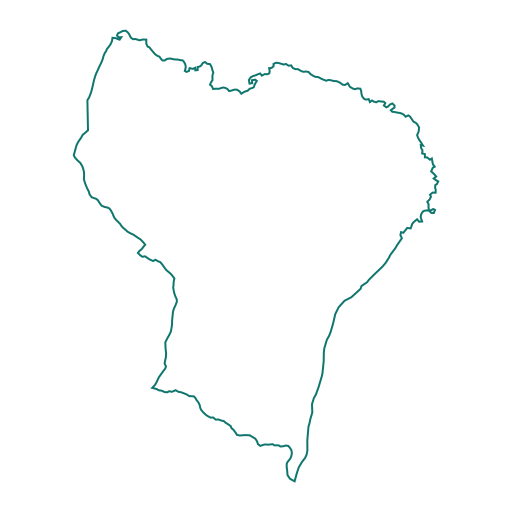 Itaquiraí, Mato Grosso do Sul, Brazil (Natural Earth projection)
{"feature_id": "56859067B90589702399806", "entity_name": "Itaquiraí", "entity_type": "district", "adm_level": 2, "iso_a3": "BRA", "parent_name": "Brazil", "parent_adm1": "Mato Grosso do Sul", "projection": "natural_earth1", "projection_center": [-54.119, -23.389], "detail": "fine", "context": "isolated", "style": "outline", "palette": "teal", "viewbox_px": 512, "rotation_deg": 0, "n_neighbors": 0, "source": "geoboundaries", "source_scale": "gbopen_adm2", "svg_char_len": 5639}
<svg xmlns="http://www.w3.org/2000/svg" viewBox="0 0 512 512"><path d="M307.6,436.9L308.5,426.5L309.5,423.4L310.4,418.8L312.3,412.5L312.0,404.1L313.9,398.0L315.8,394.8L318.6,387.0L321.6,377.0L322.4,373.7L323.7,361.3L323.8,353.2L324.3,348.3L326.9,339.7L329.1,335.8L330.4,332.7L333.0,323.9L335.3,314.0L338.7,307.2L344.6,300.7L351.4,297.2L360.6,288.8L361.5,286.0L367.0,282.3L369.1,279.6L373.8,274.9L382.5,266.6L385.7,262.8L388.9,257.8L390.3,254.9L395.4,248.1L397.0,245.3L401.9,238.2L400.4,235.1L401.1,232.1L403.3,232.8L404.8,231.0L407.2,227.9L410.6,228.4L411.4,226.4L412.2,223.9L413.9,221.9L417.1,219.3L419.1,221.7L422.1,221.5L420.7,217.3L421.0,214.8L421.9,212.9L423.4,211.1L426.1,210.4L428.9,210.6L428.5,207.2L428.6,204.5L427.3,201.8L429.5,199.6L431.0,196.7L430.0,194.8L432.6,192.6L435.6,192.7L435.7,189.7L435.1,187.5L435.3,185.1L436.9,184.1L438.2,181.4L435.8,180.1L433.7,178.5L436.2,176.5L434.0,174.0L431.2,171.4L432.8,167.7L434.7,166.7L432.9,164.3L432.2,160.7L431.8,158.5L429.9,159.7L427.3,157.5L424.9,157.3L424.9,154.1L422.1,153.4L422.5,150.6L421.0,147.7L420.8,145.1L423.0,145.6L420.7,142.0L419.1,139.7L418.0,137.6L417.1,135.1L418.6,131.7L419.1,127.6L417.5,124.7L415.8,122.8L413.5,121.7L411.6,118.9L410.0,116.5L408.3,115.4L405.6,116.7L403.9,114.8L402.3,113.8L400.0,113.0L396.7,112.5L394.1,111.9L392.3,111.8L390.8,110.2L392.8,108.7L394.5,107.6L394.5,105.5L392.4,103.5L390.1,104.4L388.1,106.5L386.3,107.3L383.9,105.5L385.3,103.1L383.8,101.7L380.9,101.5L378.4,101.1L376.2,102.3L373.8,101.6L372.0,100.5L369.9,102.1L368.7,99.1L366.0,99.6L364.1,98.9L362.3,96.6L361.5,94.0L361.1,90.7L360.3,88.7L357.5,88.4L354.9,89.2L352.7,88.5L349.9,86.8L347.8,83.2L345.0,85.0L342.7,84.7L339.9,82.6L336.8,81.2L333.5,81.0L331.1,80.3L328.7,79.9L326.2,80.7L324.0,79.9L321.4,78.8L318.3,77.1L315.2,76.8L313.2,75.8L310.5,74.1L308.6,72.0L305.8,71.5L303.8,71.8L302.0,71.4L299.8,70.3L297.8,69.1L295.3,69.1L292.8,68.0L291.2,65.4L288.5,65.7L286.0,64.0L283.5,64.5L280.7,63.6L278.1,62.9L275.6,62.9L273.5,64.0L273.6,66.2L271.6,67.9L269.1,68.2L269.7,70.8L269.3,73.4L267.4,74.2L264.7,74.1L261.8,75.6L260.2,73.5L258.2,74.1L256.2,75.1L253.2,76.0L250.7,77.3L248.9,80.0L249.5,83.6L252.2,83.2L252.0,80.2L255.3,79.7L256.8,81.0L255.6,82.8L254.6,84.8L253.7,87.3L251.9,88.1L249.6,88.8L247.6,90.8L245.6,91.3L243.8,92.1L241.3,93.7L239.5,91.3L237.0,89.7L234.4,89.6L231.7,90.5L229.2,91.1L227.4,89.0L225.7,88.1L223.7,87.5L221.9,87.8L218.9,88.8L215.9,88.7L213.1,89.0L211.9,86.2L210.0,84.7L210.9,82.6L212.5,80.0L212.4,75.8L213.3,72.6L212.3,69.7L211.6,67.0L210.0,64.1L207.2,63.8L205.0,62.0L202.7,63.1L201.3,65.4L199.8,66.5L197.7,67.0L197.6,70.1L195.3,70.3L195.2,67.8L192.8,68.9L189.6,68.1L189.0,70.9L186.5,71.9L184.8,70.9L185.8,67.2L185.3,64.3L184.1,62.1L182.7,60.4L180.0,60.1L177.7,59.5L175.8,59.5L173.1,59.2L170.4,58.5L166.9,58.9L164.7,60.5L162.4,60.4L160.8,58.7L159.5,56.7L157.1,55.7L155.0,54.1L153.0,51.8L150.8,49.2L149.5,47.4L147.6,46.5L146.3,43.7L146.3,39.6L142.9,39.5L139.6,40.3L137.3,39.6L135.5,39.0L133.0,39.2L130.8,37.5L129.2,34.3L127.8,32.4L125.7,30.7L122.7,31.0L120.4,32.2L117.9,33.4L117.0,35.6L118.5,37.3L121.3,37.2L119.6,39.7L115.7,38.2L112.5,37.8L112.0,41.1L110.5,44.4L108.6,47.0L107.0,48.9L106.1,51.2L104.8,53.0L103.5,56.1L102.5,59.7L101.3,62.6L99.6,66.0L97.8,70.1L96.4,73.0L95.3,75.8L93.9,80.5L93.0,84.7L92.4,87.3L91.2,91.9L90.1,94.9L89.2,97.3L87.4,100.2L88.0,130.3L85.2,132.8L82.7,134.8L81.3,137.4L79.4,140.2L78.1,142.1L76.6,145.1L75.0,150.7L73.8,155.3L74.9,157.5L77.3,160.2L80.4,163.0L82.4,166.5L83.4,169.4L84.0,172.3L84.1,175.8L83.9,179.4L85.2,183.6L86.9,187.8L88.8,191.5L89.6,194.4L91.6,197.2L94.0,198.1L96.1,198.8L98.0,200.3L99.2,202.4L101.5,205.6L104.7,207.0L107.3,207.5L109.3,208.4L110.6,210.0L112.3,213.0L114.2,217.5L116.0,219.8L118.0,221.7L120.2,224.0L121.5,226.0L123.2,227.9L125.5,229.7L127.3,231.5L130.2,233.2L133.3,234.6L137.8,237.7L140.6,239.5L143.7,242.8L145.2,244.8L143.6,246.6L141.8,249.0L139.5,250.9L137.9,252.9L140.5,255.5L142.5,256.8L145.0,256.3L147.0,257.7L149.2,259.2L153.0,261.0L155.5,259.8L157.9,261.2L160.2,262.1L161.9,264.0L163.7,266.5L165.8,269.5L167.5,271.1L169.0,272.3L171.3,274.4L174.4,278.4L173.9,280.5L173.6,282.9L173.5,285.1L173.2,287.4L173.7,290.6L174.2,292.9L175.1,295.7L176.8,299.5L176.8,302.0L175.5,305.2L173.9,308.7L173.0,311.6L172.5,316.7L172.1,320.4L172.1,323.0L171.8,326.2L170.9,331.5L169.4,334.7L168.3,336.6L167.0,338.9L165.3,342.4L165.4,345.0L165.6,348.7L166.1,353.3L165.9,357.1L165.1,360.7L164.6,363.5L166.0,366.5L165.1,368.8L163.2,371.2L158.9,377.2L156.7,381.9L155.1,384.8L152.2,387.9L155.1,388.6L156.9,389.2L158.8,390.3L161.3,390.6L164.8,392.1L167.2,392.3L169.3,391.2L171.6,391.8L173.6,391.2L175.6,390.2L178.4,391.8L181.2,392.3L183.9,393.3L186.6,394.4L189.3,396.1L191.5,396.2L193.9,396.4L195.3,397.8L196.5,400.0L198.4,402.4L199.8,405.4L200.2,407.7L201.1,409.8L202.9,412.0L204.8,413.9L206.5,415.3L208.6,416.6L210.7,417.6L213.2,417.5L215.7,419.6L218.4,419.5L221.5,420.6L223.8,421.1L225.7,422.8L228.3,424.4L230.7,426.1L231.5,428.2L233.4,429.7L235.6,432.7L237.0,434.9L239.8,435.5L243.8,435.2L245.7,435.1L247.8,435.2L249.8,435.3L251.5,436.4L253.6,437.6L255.3,438.7L256.9,441.0L258.0,444.1L260.3,445.9L263.1,444.9L265.4,444.4L267.6,444.7L270.0,444.5L272.6,444.2L274.4,445.3L276.4,445.3L278.6,445.3L280.4,446.5L283.5,446.2L285.9,445.5L288.4,446.0L290.1,448.1L291.4,450.2L291.9,453.1L291.3,456.1L290.5,458.2L289.1,460.1L287.5,462.0L286.7,463.9L286.7,467.0L287.2,470.8L287.5,475.1L290.0,478.8L294.6,481.3L296.9,473.0L298.7,467.5L301.9,462.1L305.1,457.9L306.6,454.6L307.4,450.4L307.3,440.4L307.6,436.9ZM428.9,210.6L431.3,212.9L433.8,213.0L435.0,209.9L433.2,209.0L431.2,210.2L428.9,210.6Z" fill="none" stroke="#0f766e" stroke-width="2"/></svg>